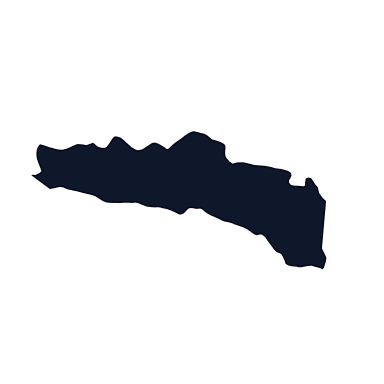 outline of Morne Vert, Laborie, Saint Lucia, rotated 306°
{"feature_id": "8701671B8981340817709", "entity_name": "Morne Vert", "entity_type": "district", "adm_level": 2, "iso_a3": "LCA", "parent_name": "Saint Lucia", "parent_adm1": "Laborie", "projection": "mercator", "projection_center": [-60.976, 13.779], "detail": "fine", "context": "isolated", "style": "filled", "palette": "ink", "viewbox_px": 384, "rotation_deg": 306, "n_neighbors": 0, "source": "geoboundaries", "source_scale": "gbopen_adm2", "svg_char_len": 5684}
<svg xmlns="http://www.w3.org/2000/svg" viewBox="0 0 384 384"><g transform="rotate(306 192 192)"><path d="M262.8,305.3L262.8,304.9L263.2,301.3L265.2,295.1L269.1,290.6L269.8,287.2L271.1,284.0L272.4,280.2L271.3,277.9L269.6,277.0L266.3,278.7L264.1,280.2L262.5,280.2L261.5,279.2L259.2,275.3L256.0,270.3L255.1,267.9L256.0,264.5L258.1,263.0L261.9,262.6L263.6,262.0L264.9,260.3L264.7,257.3L262.8,252.0L262.7,251.6L259.3,245.4L258.2,242.0L255.8,236.8L255.7,236.5L249.8,226.9L247.8,221.8L245.6,216.5L242.3,212.1L238.6,209.0L238.0,208.5L238.0,208.1L237.9,206.3L238.0,205.9L238.0,204.8L238.0,204.1L238.2,203.3L238.4,202.8L238.6,201.7L238.7,201.1L238.9,200.1L239.2,198.9L239.7,198.2L239.8,198.1L240.3,197.3L241.1,196.5L241.8,195.9L242.2,195.6L242.5,195.3L243.0,195.0L243.8,194.4L244.0,194.3L244.3,194.1L245.1,193.6L245.5,193.4L245.8,193.2L246.9,192.6L247.1,192.4L248.2,191.5L248.6,190.8L248.9,189.6L248.9,189.3L248.8,189.1L248.8,188.2L248.7,187.3L248.4,185.9L247.8,183.6L247.5,182.5L247.4,182.1L247.2,181.6L247.0,181.1L246.6,179.8L246.0,178.7L245.7,178.0L245.6,176.6L245.7,174.6L245.9,172.9L245.9,172.2L245.9,171.9L245.9,171.6L246.0,171.0L246.0,170.5L246.0,170.0L245.9,169.5L245.8,168.8L245.6,168.2L245.1,166.7L244.7,165.7L244.2,164.7L243.7,163.3L243.2,161.9L242.7,160.8L242.6,160.6L242.2,159.6L242.0,158.8L241.5,158.3L241.3,157.9L240.6,157.2L239.5,156.5L238.1,155.8L236.6,155.1L234.8,154.4L233.1,153.7L230.3,153.0L227.6,152.2L225.4,151.4L222.2,150.2L220.8,149.8L220.2,149.7L217.8,149.1L217.3,149.0L216.8,148.9L215.0,148.6L214.3,148.5L213.8,148.5L212.9,148.2L212.4,147.8L211.9,147.4L211.4,146.8L211.3,146.6L211.2,146.2L211.1,145.6L211.2,144.6L211.2,144.3L211.2,142.7L211.1,142.3L211.1,141.5L211.0,140.2L210.9,139.1L210.7,137.4L210.6,136.7L210.1,135.0L209.8,134.1L209.6,133.6L209.3,133.2L209.1,132.8L208.5,132.2L207.7,131.6L207.1,131.3L206.6,131.1L205.1,130.5L203.3,129.8L201.1,129.0L199.9,128.6L197.8,127.7L197.0,127.3L196.5,127.0L195.3,126.0L194.4,125.3L193.8,124.6L193.2,123.8L193.1,123.6L192.8,122.9L192.6,121.9L192.3,120.5L192.2,119.7L192.2,119.4L192.1,118.6L192.1,118.3L192.0,117.0L192.1,115.3L192.3,113.5L192.4,112.1L192.5,111.1L192.9,107.9L193.1,106.4L193.2,105.2L193.2,104.1L193.3,102.7L193.2,102.2L192.7,100.7L192.5,100.1L192.0,98.8L191.2,97.7L190.6,97.2L190.1,97.1L189.2,97.0L187.7,97.0L185.6,97.1L185.4,97.1L183.1,97.3L179.5,97.2L178.7,97.2L177.8,97.0L177.1,96.7L176.6,96.4L175.7,95.7L175.4,95.3L175.0,94.8L174.5,94.1L174.3,93.8L174.0,93.3L173.7,92.6L173.6,92.2L173.2,91.4L172.9,90.4L172.8,90.1L172.7,89.7L172.6,88.5L172.6,88.1L172.6,87.6L172.7,87.1L172.7,86.8L172.8,85.7L172.9,85.0L172.9,84.5L172.9,83.5L172.9,83.2L172.1,82.8L171.3,82.4L167.7,79.9L167.5,79.6L167.0,79.1L166.8,78.7L165.6,76.0L165.4,75.6L164.6,74.4L163.2,72.1L162.5,71.4L161.8,70.9L155.4,67.3L154.0,66.4L152.2,65.3L151.4,64.5L150.8,63.9L149.3,62.7L149.0,62.2L147.6,60.1L145.9,56.5L144.8,53.1L143.8,51.0L142.3,45.9L140.8,41.7L140.6,41.6L137.5,41.6L134.9,42.5L131.9,44.2L128.6,47.1L125.6,51.3L121.1,58.5L119.8,58.7L117.6,58.2L113.0,55.8L112.2,53.9L111.8,53.6L111.6,74.7L111.7,75.0L112.9,76.2L114.1,77.2L114.9,78.0L115.8,78.8L116.1,79.0L116.9,79.7L117.2,80.0L117.9,80.6L118.4,81.0L118.9,81.6L119.4,82.3L119.7,82.9L120.1,83.6L120.6,84.5L120.9,85.6L121.0,86.3L121.2,87.5L121.4,88.0L121.6,88.7L121.9,89.7L122.1,90.4L122.5,91.2L122.7,91.7L123.1,92.5L123.6,93.6L123.9,94.5L124.8,96.4L125.7,98.4L126.6,100.7L127.4,102.8L128.0,104.4L128.4,105.4L128.8,106.3L129.3,107.6L129.9,108.9L130.7,110.7L131.3,112.1L131.7,113.2L132.0,114.3L132.2,115.3L132.5,116.4L132.5,117.2L132.6,118.0L132.6,119.9L132.9,122.1L132.9,123.8L133.1,125.1L133.2,126.1L133.4,126.6L133.7,127.7L134.0,128.6L134.3,129.3L134.7,130.1L135.4,131.2L137.6,134.4L139.6,137.2L140.3,138.3L140.7,139.0L141.4,139.8L142.5,141.1L143.4,142.2L144.2,143.2L144.9,144.1L145.8,145.4L146.4,146.2L147.3,147.6L148.3,149.1L149.1,150.2L150.1,151.2L150.7,151.9L151.2,152.7L151.6,153.6L151.8,154.1L152.1,154.9L152.3,155.6L152.5,156.4L152.7,157.6L153.5,160.6L153.9,162.2L154.2,163.3L154.7,164.5L155.4,165.6L155.8,166.4L156.4,167.4L156.9,168.4L157.7,169.5L158.3,170.5L159.2,171.6L159.6,172.1L160.4,173.1L160.7,173.7L161.3,174.8L161.7,175.7L162.1,176.9L162.6,178.1L163.4,179.7L163.7,180.4L164.2,181.7L164.6,182.6L164.7,183.4L165.0,184.6L165.4,185.5L165.8,187.6L166.1,188.8L166.3,190.0L166.5,191.3L166.7,192.6L166.8,193.7L167.2,194.9L167.8,195.7L168.4,196.2L168.6,196.3L169.2,196.7L171.1,197.4L173.7,197.7L175.0,197.8L175.9,198.0L176.9,198.3L177.4,198.6L178.1,199.2L178.9,200.0L179.5,200.8L180.0,201.8L180.5,202.7L180.9,203.7L181.4,204.6L182.0,205.6L182.3,206.0L182.7,206.4L183.3,207.0L184.1,208.2L184.6,209.2L184.7,210.4L184.6,211.6L184.5,212.9L184.4,215.0L184.4,217.1L184.5,218.4L184.8,220.3L184.9,221.2L185.4,222.9L185.9,225.4L186.6,228.2L186.8,229.8L187.1,231.9L187.3,233.2L188.1,235.7L188.7,237.0L189.8,239.3L191.0,242.6L191.6,245.4L192.1,247.0L192.5,248.1L193.0,250.0L193.4,251.2L194.0,253.1L194.3,254.1L194.5,255.7L194.7,256.6L194.9,258.1L195.0,260.0L195.1,261.3L195.0,263.4L195.1,264.7L195.1,266.7L195.3,268.1L195.6,269.1L196.5,270.1L197.4,270.6L198.3,271.6L198.9,272.5L199.2,272.8L199.5,273.4L199.1,278.3L198.5,279.8L197.2,283.6L195.7,288.5L194.3,292.8L194.0,296.0L194.6,298.2L194.9,300.0L194.7,301.6L194.0,303.2L191.8,307.3L189.7,310.2L189.9,312.9L190.8,314.9L191.1,315.9L191.8,316.9L193.9,320.5L194.4,321.9L195.1,323.1L196.4,324.6L198.1,326.2L200.7,328.5L201.2,329.2L203.0,331.3L203.7,332.6L204.4,335.0L205.5,337.5L206.5,340.4L206.8,342.3L207.9,342.4L208.5,342.4L209.9,341.9L211.9,341.2L213.9,340.5L215.2,339.9L216.4,339.3L217.2,338.8L217.8,337.9L218.7,336.3L219.6,334.6L220.5,332.9L221.2,331.6L222.1,329.8L262.8,305.3Z" fill="#0f172a" stroke="#020617" stroke-width="1.5"/></g></svg>